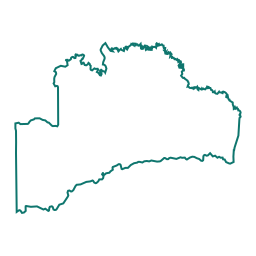 the district of Naranjito, Guayas, Ecuador
{"feature_id": "8360857B54885584710427", "entity_name": "Naranjito", "entity_type": "district", "adm_level": 2, "iso_a3": "ECU", "parent_name": "Ecuador", "parent_adm1": "Guayas", "projection": "robinson", "projection_center": [-79.379, -2.158], "detail": "fine", "context": "isolated", "style": "outline", "palette": "teal", "viewbox_px": 256, "rotation_deg": 0, "n_neighbors": 0, "source": "geoboundaries", "source_scale": "gbopen_adm2", "svg_char_len": 5666}
<svg xmlns="http://www.w3.org/2000/svg" viewBox="0 0 256 256"><path d="M233.6,162.0L233.4,156.6L233.8,150.2L234.1,150.2L234.6,147.5L238.4,135.6L239.4,119.0L239.6,117.8L240.4,117.1L240.6,116.5L240.2,115.5L239.7,115.4L239.5,114.9L239.9,114.1L240.2,114.1L240.6,112.3L240.0,111.1L239.1,110.4L238.3,110.4L237.9,108.8L236.9,108.6L236.8,107.5L236.3,107.6L236.0,108.5L235.6,108.7L235.0,107.3L234.4,108.7L233.8,109.0L233.7,107.0L232.8,104.6L232.7,102.5L229.6,100.6L229.5,99.7L228.8,99.6L228.1,97.9L227.8,96.2L226.8,97.3L226.2,97.0L226.5,95.5L227.3,94.8L226.0,93.1L224.7,92.1L223.2,91.6L222.7,91.8L222.6,93.2L222.4,93.2L221.5,92.5L219.2,92.3L219.0,91.8L217.4,93.8L216.0,93.6L214.9,92.8L214.7,91.6L214.1,92.3L212.9,92.2L212.8,91.2L211.9,90.0L211.1,89.9L210.4,88.0L208.9,88.0L208.7,87.0L207.1,86.6L207.0,87.1L207.4,88.2L205.7,88.4L205.3,89.3L203.8,89.1L203.2,88.6L202.5,89.1L202.0,88.5L201.7,89.5L201.4,89.5L198.6,87.9L198.4,90.0L197.7,89.5L197.2,88.0L197.4,87.4L197.2,86.7L196.4,87.6L195.7,87.3L194.4,88.5L194.1,88.4L194.3,87.2L194.1,87.2L193.2,88.7L192.3,87.7L191.8,87.7L191.4,88.1L189.6,87.8L188.2,86.4L187.6,86.6L188.0,85.1L188.8,84.0L188.4,82.2L187.8,81.6L187.6,80.7L184.8,78.7L184.2,77.8L183.5,77.8L183.5,78.0L182.8,77.8L181.1,75.7L182.3,73.9L181.8,71.7L182.8,70.6L183.8,70.6L184.0,70.0L183.4,68.4L183.0,69.0L182.3,68.0L183.2,66.7L183.2,64.3L182.2,64.4L182.5,65.1L180.8,66.4L180.7,67.8L179.4,67.7L178.6,65.5L179.1,65.0L180.6,65.8L180.6,64.9L179.5,64.2L180.4,63.1L179.9,61.8L180.9,62.0L180.8,61.4L180.0,61.1L178.3,62.0L178.0,60.6L179.1,60.5L178.9,60.0L178.2,60.0L177.5,59.3L177.3,59.9L176.9,60.1L176.2,59.7L175.6,58.9L174.5,59.2L173.7,57.8L172.0,57.9L172.1,56.7L170.7,55.6L170.7,56.3L170.2,56.7L170.6,54.3L171.4,54.0L171.0,53.5L170.2,54.0L169.8,53.8L170.4,53.1L170.2,52.4L168.9,52.8L168.5,52.2L167.6,53.0L168.4,53.6L167.5,54.0L166.9,53.7L166.2,53.9L165.8,53.1L166.2,51.8L165.2,52.7L164.9,51.0L164.3,50.5L165.0,50.1L165.2,48.1L164.1,48.3L164.3,47.7L163.6,47.4L163.6,45.6L162.5,45.4L162.1,44.5L161.4,44.4L160.8,44.9L158.7,45.5L159.1,44.4L158.9,43.9L158.4,44.2L158.2,45.4L157.9,45.4L157.1,45.1L157.0,43.5L156.7,43.3L156.2,44.0L156.5,45.8L156.1,47.7L155.2,46.7L153.9,47.1L152.2,46.6L152.1,47.8L151.0,47.4L150.8,47.9L150.8,48.5L151.7,49.4L151.7,49.9L150.3,49.9L149.4,47.7L147.7,46.5L147.7,47.7L148.3,48.6L148.3,49.6L146.8,49.2L145.9,49.9L145.7,49.2L146.4,48.8L146.6,48.0L146.3,47.4L144.8,47.0L145.5,45.7L144.9,45.5L144.0,46.5L143.9,47.5L142.8,48.9L141.7,48.9L141.5,48.3L142.8,47.0L141.9,46.0L140.9,47.2L140.6,43.9L138.9,45.7L138.3,45.7L137.4,44.3L136.6,44.3L135.7,45.4L135.3,45.1L135.5,43.7L132.9,43.5L132.7,44.1L133.1,45.0L131.3,43.9L130.9,45.0L129.0,46.5L127.4,47.0L127.3,47.5L127.9,48.0L127.1,49.5L126.0,48.4L126.6,47.5L126.5,46.9L126.1,46.6L125.6,46.8L125.6,48.3L124.0,48.2L124.2,49.8L123.9,51.0L121.4,49.8L120.9,48.9L119.6,50.0L118.6,50.0L118.8,51.0L118.4,51.4L117.7,49.9L117.7,48.6L116.6,48.0L116.2,48.6L115.6,48.1L115.0,48.6L114.5,48.3L113.6,49.0L112.5,48.9L111.9,48.3L111.5,48.6L111.3,49.3L112.8,51.3L110.6,50.9L107.9,47.4L105.4,43.1L102.7,45.5L100.7,49.4L100.7,50.5L101.8,53.0L104.1,56.1L104.6,57.3L104.6,58.7L103.2,62.2L102.9,64.5L104.0,64.7L105.0,65.3L105.7,66.3L106.4,68.6L105.2,72.5L104.8,71.7L103.0,71.1L102.4,71.4L101.4,69.8L101.1,69.8L100.9,70.4L100.1,70.6L100.1,71.6L101.6,74.0L100.9,75.5L99.9,75.2L98.6,73.0L96.9,72.0L98.2,69.7L97.7,68.8L95.4,68.9L94.4,68.4L92.1,70.4L90.8,69.8L90.5,69.0L90.7,65.8L90.0,65.1L89.6,63.8L88.5,62.9L87.7,64.4L86.2,65.3L84.7,65.0L83.6,62.7L83.1,62.6L82.3,63.7L81.5,64.0L80.5,61.0L81.2,60.6L81.7,59.4L82.5,59.1L82.5,58.5L83.1,58.1L84.1,55.7L83.7,55.0L82.7,54.5L82.1,54.6L81.4,55.4L80.4,55.2L78.9,55.8L77.7,55.1L77.3,55.3L77.2,54.7L75.7,54.4L75.4,55.0L75.6,57.1L75.4,58.0L74.4,58.1L73.2,57.0L72.4,56.9L71.2,57.7L70.8,59.3L68.8,60.7L68.0,60.5L67.6,59.8L66.1,59.9L66.0,60.2L67.0,61.1L67.6,65.2L65.3,66.7L60.8,65.8L55.8,68.2L54.3,71.2L55.9,72.2L56.2,73.9L54.5,77.1L54.2,78.8L54.3,82.2L53.6,83.4L55.2,86.3L56.9,85.9L57.6,86.2L58.0,87.2L58.2,124.7L57.3,126.3L55.6,125.9L52.8,126.1L51.8,125.6L48.8,122.6L47.5,122.4L45.3,120.4L42.6,119.9L39.6,118.3L34.9,118.4L33.9,119.4L30.8,120.4L29.4,121.9L28.5,123.4L27.8,123.9L20.4,124.1L18.7,122.7L15.4,123.4L15.4,128.4L16.0,130.8L16.1,142.4L16.0,152.7L16.7,211.9L18.8,210.4L19.7,210.2L20.5,210.7L22.0,212.9L24.0,212.5L25.7,210.9L25.6,207.0L25.7,206.2L26.1,206.0L30.9,206.8L37.0,206.4L43.4,209.5L45.3,208.7L48.3,210.9L49.0,210.5L49.4,207.7L49.9,206.8L51.8,206.3L52.7,207.0L53.5,209.5L54.6,210.0L55.8,209.9L56.6,209.2L59.3,204.7L63.3,203.4L67.8,196.6L68.3,195.4L67.5,192.5L68.1,190.8L69.4,190.5L71.0,191.5L71.8,191.4L73.3,190.2L75.4,186.2L76.6,184.8L80.6,184.4L86.3,181.9L90.3,181.4L92.5,180.5L93.1,180.8L94.3,182.6L95.7,183.2L96.4,183.0L98.2,181.4L99.3,179.4L102.0,179.4L103.1,178.2L103.5,176.2L102.1,174.3L102.8,173.1L103.0,173.1L103.5,174.4L104.5,174.7L106.1,173.3L109.4,172.7L110.4,171.4L112.8,169.7L112.5,167.8L112.8,167.0L116.7,165.5L118.6,164.2L119.8,164.2L120.6,164.9L121.6,168.9L122.2,169.2L125.3,167.9L127.9,167.9L130.8,165.0L134.1,163.2L137.2,162.6L138.2,161.9L139.8,161.9L142.4,162.5L144.3,161.3L146.8,161.0L149.2,161.4L151.3,160.5L157.1,161.6L159.7,161.4L160.6,161.1L164.2,158.0L164.9,158.0L167.0,159.2L168.3,159.1L169.2,158.1L170.6,157.7L176.4,158.9L180.5,157.3L182.1,157.8L184.8,157.6L185.9,159.0L186.9,159.5L190.0,157.5L192.3,156.7L194.3,156.9L196.8,158.2L199.2,159.0L201.1,160.7L202.3,160.9L203.1,160.3L203.2,159.8L203.4,156.2L204.1,155.2L204.9,154.9L206.7,155.7L207.9,155.4L210.1,153.2L212.8,156.4L215.1,155.7L217.4,157.7L219.1,156.8L220.6,157.7L222.6,157.6L223.1,159.3L224.7,159.5L226.1,162.1L229.3,163.5L230.3,163.6L233.6,162.0Z" fill="none" stroke="#0f766e" stroke-width="2"/></svg>